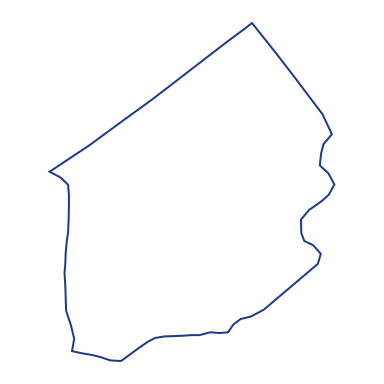 Sangão, Santa Catarina, Brazil
{"feature_id": "56859067B58015021495227", "entity_name": "Sangão", "entity_type": "district", "adm_level": 2, "iso_a3": "BRA", "parent_name": "Brazil", "parent_adm1": "Santa Catarina", "projection": "natural_earth1", "projection_center": [-49.129, -28.647], "detail": "fine", "context": "isolated", "style": "outline", "palette": "blue", "viewbox_px": 384, "rotation_deg": 0, "n_neighbors": 0, "source": "geoboundaries", "source_scale": "gbopen_adm2", "svg_char_len": 891}
<svg xmlns="http://www.w3.org/2000/svg" viewBox="0 0 384 384"><path d="M72.0,351.1L81.4,353.2L92.6,355.1L100.2,357.0L110.3,360.4L121.1,361.0L128.4,355.6L137.7,348.8L147.4,342.0L154.9,338.0L164.6,336.4L173.9,336.1L183.6,335.7L191.9,335.1L199.6,335.1L210.1,332.3L219.4,333.0L228.1,332.3L233.5,324.3L240.7,319.0L251.0,316.5L263.9,309.6L317.9,263.8L320.8,253.8L313.1,245.2L304.3,241.0L301.3,233.1L301.0,219.6L309.3,209.7L315.9,205.3L322.3,200.6L328.8,194.7L334.4,184.4L328.3,173.2L319.8,165.4L321.1,153.6L323.4,144.3L331.9,134.2L322.4,114.1L291.8,73.6L276.1,53.3L252.0,23.0L242.6,30.3L232.5,37.7L220.5,46.8L152.6,99.1L119.7,123.0L105.1,133.7L90.5,144.5L49.6,171.7L60.7,177.6L68.1,184.8L68.9,194.7L68.9,205.9L68.6,219.9L68.1,232.1L66.8,241.0L65.7,252.6L65.3,263.8L64.5,273.2L65.3,285.7L65.7,298.1L66.1,310.6L70.9,325.2L74.2,338.9L72.0,351.1Z" fill="none" stroke="#1e3a8a" stroke-width="2"/></svg>